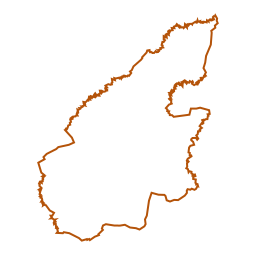 Phimai, Nakhon Ratchasima, Thailand (orthographic projection)
{"feature_id": "78962969B83847555024390", "entity_name": "Phimai", "entity_type": "district", "adm_level": 2, "iso_a3": "THA", "parent_name": "Thailand", "parent_adm1": "Nakhon Ratchasima", "projection": "orthographic", "projection_center": [102.551, 15.277], "detail": "fine", "context": "isolated", "style": "outline", "palette": "amber", "viewbox_px": 256, "rotation_deg": 0, "n_neighbors": 0, "source": "geoboundaries", "source_scale": "gbopen_adm2", "svg_char_len": 5711}
<svg xmlns="http://www.w3.org/2000/svg" viewBox="0 0 256 256"><path d="M98.4,234.2L102.9,229.9L101.9,228.6L103.0,225.5L105.9,224.2L114.1,225.5L120.0,225.6L124.9,224.8L130.0,227.5L136.0,228.2L139.5,229.5L144.4,226.3L145.6,224.1L145.0,219.4L146.8,215.7L149.0,200.6L151.6,192.8L158.5,194.7L164.4,194.9L165.5,196.0L166.7,200.3L170.0,201.5L174.2,199.9L178.1,200.1L184.8,195.6L186.9,192.9L186.8,190.6L187.6,189.2L190.4,189.7L191.7,188.7L194.5,189.8L196.1,188.8L197.4,186.2L198.1,186.4L197.5,184.2L196.2,184.4L196.4,183.6L195.4,182.8L195.8,179.5L193.2,179.0L193.2,176.9L195.4,176.1L194.9,174.5L192.5,175.4L192.6,174.0L191.4,173.4L191.5,171.8L189.4,171.2L188.6,172.2L188.0,169.2L186.3,168.3L187.2,166.7L187.0,163.2L188.6,161.6L187.9,160.8L187.1,161.5L186.8,160.7L187.7,158.8L191.5,156.3L191.2,155.4L189.7,155.3L189.8,152.9L188.5,152.4L189.1,147.5L190.4,145.8L194.1,144.8L193.1,141.8L191.3,140.3L191.2,139.3L192.5,138.0L196.0,137.9L197.2,139.7L198.2,138.6L196.3,135.4L197.7,134.2L198.0,131.5L198.7,131.7L199.5,130.0L200.2,130.5L200.4,128.8L201.8,127.9L199.6,126.1L201.7,123.2L202.6,123.8L203.4,123.0L202.2,120.1L203.6,119.7L203.9,120.6L205.7,119.2L207.4,119.1L207.8,116.2L208.5,115.8L207.7,114.3L209.7,113.9L209.1,110.2L200.1,107.7L196.3,108.6L190.9,108.6L189.4,114.7L173.7,116.8L172.1,115.2L169.8,115.1L169.7,113.8L168.4,112.8L169.1,111.3L167.2,111.0L167.5,109.7L165.9,108.1L169.0,104.6L171.7,103.6L171.1,102.5L171.3,100.8L169.8,99.6L170.9,99.1L169.6,98.5L170.8,97.7L169.4,94.9L170.3,94.4L171.3,95.0L171.0,93.6L172.2,93.7L170.1,93.1L169.9,94.2L169.1,92.9L170.7,92.7L171.2,90.9L172.1,91.3L172.1,90.2L173.0,90.7L173.0,92.2L174.1,91.3L173.9,89.2L175.4,88.7L174.3,87.5L175.9,86.5L174.9,86.0L175.8,85.4L175.1,84.9L175.8,84.1L176.4,84.4L176.8,83.5L178.7,84.2L179.0,83.8L178.3,83.0L178.8,82.6L180.1,84.0L180.0,85.1L181.4,84.9L182.5,86.3L182.6,84.6L181.3,83.9L183.0,82.9L181.8,82.1L184.2,81.1L185.1,81.5L184.2,80.6L184.7,80.3L186.6,81.7L185.5,82.2L186.6,83.6L187.5,82.1L189.0,82.7L189.8,81.1L191.6,82.2L192.5,81.3L193.0,82.2L192.0,83.7L194.1,85.1L195.6,84.2L197.6,84.5L198.0,83.6L196.5,82.5L197.7,81.6L198.9,82.0L198.8,80.6L201.2,80.3L200.7,77.9L201.6,77.8L202.5,79.0L203.5,77.0L204.4,76.8L203.8,75.0L204.8,76.2L205.8,75.8L204.8,74.4L205.9,72.4L203.5,68.1L205.2,62.6L206.1,55.9L210.8,44.7L211.7,32.8L211.3,30.8L215.3,27.7L214.9,25.6L217.7,23.2L216.7,20.6L217.1,18.5L215.3,15.4L214.9,16.3L213.7,16.2L212.9,17.1L214.0,19.4L212.0,20.3L211.8,19.4L210.5,20.2L210.0,19.4L208.5,20.6L208.6,21.5L207.0,20.3L206.7,22.4L203.7,21.7L203.0,21.8L203.2,22.8L202.2,22.9L201.6,22.0L200.5,22.6L199.5,21.9L199.8,21.2L198.0,21.8L197.5,20.2L196.7,22.7L196.1,22.5L196.5,21.7L195.5,21.7L192.5,23.6L192.2,24.5L191.5,23.8L189.7,23.9L188.5,25.4L187.9,24.1L186.0,25.0L185.0,24.1L184.9,25.3L186.8,26.0L186.9,27.6L185.6,26.2L183.6,28.1L183.1,27.2L181.0,27.5L180.6,26.6L179.5,27.6L178.5,26.4L179.8,25.2L178.4,25.7L176.8,24.1L176.3,24.9L177.3,26.2L176.2,25.7L173.9,26.6L174.4,28.2L171.8,28.0L172.6,30.2L170.5,30.5L169.6,32.3L169.0,30.6L168.1,31.3L168.8,34.9L166.8,33.9L165.8,34.5L166.0,35.1L167.1,35.1L166.5,35.4L166.7,37.4L165.8,36.7L165.9,37.4L165.2,37.5L165.2,36.8L163.7,36.1L163.7,39.5L165.0,40.2L163.6,42.1L162.4,41.9L161.6,45.0L162.6,45.5L162.3,46.5L163.1,47.5L160.3,48.1L160.7,49.2L159.1,49.8L159.1,50.6L158.3,50.4L158.8,51.0L158.1,52.0L156.7,52.2L155.7,51.1L154.2,52.9L152.4,53.0L151.7,52.2L150.2,52.2L150.4,51.6L149.3,51.1L149.4,50.1L147.2,50.5L146.6,52.5L142.1,57.3L142.3,58.1L141.1,59.7L133.5,66.4L131.8,70.1L130.0,71.5L131.2,73.0L129.1,75.8L128.1,75.4L127.3,76.4L124.5,75.7L124.6,76.6L123.2,76.1L122.9,77.0L122.0,76.7L121.8,77.5L122.7,77.7L121.6,77.9L121.2,78.8L120.3,77.5L119.4,78.4L119.0,77.7L115.7,78.5L114.4,78.1L114.9,80.1L111.9,79.0L112.4,82.5L111.5,83.2L111.9,84.4L110.4,84.8L108.3,84.2L105.5,85.6L107.0,87.4L105.4,87.6L105.2,88.7L107.2,89.7L107.2,90.4L105.9,90.2L105.6,91.3L103.8,91.8L101.6,90.7L99.9,90.7L100.2,91.9L100.9,91.6L101.0,92.5L101.8,92.7L101.2,93.6L99.4,92.5L100.2,93.4L98.8,94.1L99.4,95.7L97.0,95.5L97.3,94.9L96.2,94.8L95.2,93.3L94.2,94.6L95.2,96.1L96.3,95.9L95.5,97.1L95.0,96.6L94.2,97.1L93.3,96.2L91.9,98.1L90.7,97.0L91.1,96.2L90.5,96.0L89.9,97.1L89.0,96.8L88.9,97.5L89.8,97.7L89.0,98.5L89.8,98.4L90.2,99.6L88.8,99.3L88.4,100.6L87.5,100.3L85.5,102.3L83.4,101.9L83.6,103.0L84.7,102.8L85.1,104.2L84.4,104.6L85.0,105.5L83.9,105.2L82.9,106.3L82.2,105.4L82.4,106.4L81.7,106.4L82.2,106.9L80.4,108.2L79.5,108.1L80.0,108.9L78.3,109.9L77.5,109.5L77.9,111.7L77.5,111.6L77.3,112.2L78.1,112.0L78.2,112.7L76.8,113.9L77.5,115.5L76.2,115.4L75.5,116.4L74.0,116.4L73.1,117.3L72.5,116.8L71.4,117.7L72.4,117.8L72.6,118.8L70.3,119.7L71.0,121.9L69.8,122.9L70.2,124.7L68.2,125.5L67.6,127.9L67.0,128.6L66.2,128.4L65.7,129.1L66.3,129.6L65.1,130.1L71.9,137.6L74.0,142.5L68.9,144.8L58.3,147.1L56.3,149.0L46.7,153.9L43.5,157.1L44.6,159.2L38.3,162.7L41.3,172.6L44.2,175.0L42.7,176.1L44.4,176.3L42.6,178.0L42.8,178.9L43.9,179.2L42.6,179.5L42.7,181.2L41.4,181.3L41.7,182.9L39.8,181.9L39.0,183.7L39.8,184.3L39.4,185.8L42.1,188.6L41.1,188.1L39.7,189.1L41.2,189.1L40.5,190.9L39.8,189.7L39.1,189.9L40.1,192.4L39.6,194.1L40.8,194.9L39.9,196.2L41.4,196.4L40.6,197.7L41.9,198.2L42.2,199.7L41.3,201.4L43.2,200.9L42.1,201.9L43.6,203.0L42.4,203.4L42.8,204.3L43.4,204.0L43.1,205.4L43.9,204.8L45.9,205.2L49.8,210.5L54.0,212.8L52.3,215.7L50.7,215.7L51.8,217.5L50.8,218.4L52.2,218.3L54.1,219.7L55.4,219.5L54.4,220.3L55.2,221.2L54.3,221.4L53.7,222.8L54.0,223.9L54.8,222.8L55.1,223.7L55.7,223.5L56.0,226.9L56.9,226.7L57.6,228.0L56.9,228.4L57.8,228.7L57.3,229.5L57.9,231.5L56.8,232.9L62.9,233.2L63.8,232.2L69.3,233.2L79.0,238.1L81.8,240.6L86.9,239.1L87.2,239.9L89.2,239.0L89.9,240.1L94.8,236.7L98.9,235.1L98.4,234.2Z" fill="none" stroke="#b45309" stroke-width="2"/></svg>